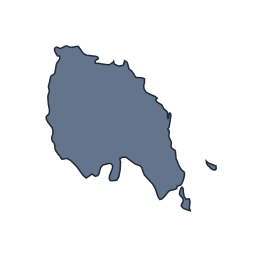 outline of Vendée, rotated 201°
{"feature_id": "FRA-5353", "entity_name": "Vendée", "entity_type": "Metropolitan department", "adm_level": 1, "iso_a3": "FRA", "parent_name": "France", "parent_adm1": "", "projection": "mercator", "projection_center": [-1.356, 46.678], "detail": "fine", "context": "isolated", "style": "filled", "palette": "slate", "viewbox_px": 256, "rotation_deg": 201, "n_neighbors": 0, "source": "natural_earth", "source_scale": "10m", "svg_char_len": 2845}
<svg xmlns="http://www.w3.org/2000/svg" viewBox="0 0 256 256"><g transform="rotate(201 128 128)"><path d="M165.1,184.8L163.7,182.7L159.0,182.4L155.0,184.8L155.2,189.7L152.3,188.9L150.3,186.4L148.3,183.5L146.7,183.0L145.6,182.8L142.3,180.8L139.9,178.7L138.5,178.1L132.9,179.9L130.2,179.8L129.0,176.5L128.4,172.6L126.7,169.8L124.2,168.1L121.3,167.5L114.2,167.2L111.4,166.3L112.3,164.4L110.6,162.7L104.9,161.7L101.3,158.6L98.3,157.7L97.0,156.9L96.2,155.6L95.0,152.3L94.0,150.6L94.1,152.5L94.7,155.0L94.8,156.4L94.4,157.1L93.4,156.5L92.4,155.1L90.0,143.8L90.5,141.1L88.8,140.4L87.9,138.7L87.4,136.6L86.8,134.8L85.2,132.9L83.6,131.5L82.3,130.0L81.2,126.0L79.8,124.9L78.0,124.3L76.3,124.1L75.4,123.2L72.2,116.7L66.3,110.5L63.0,108.1L60.3,107.2L59.1,106.2L58.3,103.8L57.9,100.8L57.7,98.1L58.0,94.8L58.7,93.2L61.4,91.2L60.8,89.0L62.4,87.4L66.4,84.8L67.7,82.5L69.5,76.9L70.8,74.1L72.6,72.7L75.0,74.3L81.4,81.8L84.8,84.5L95.9,90.0L101.3,96.2L103.0,97.0L108.6,97.0L119.4,100.0L122.7,98.7L124.2,96.8L124.7,96.5L122.8,93.6L120.5,86.7L119.1,79.3L119.8,75.1L124.9,72.7L126.3,72.9L127.4,74.1L128.1,76.6L128.1,85.1L129.0,87.5L130.8,88.6L132.8,88.2L137.6,84.9L138.5,83.7L139.1,82.2L139.3,80.4L138.7,74.5L139.3,72.6L141.3,71.2L145.4,72.1L146.7,69.6L149.2,66.3L153.2,67.8L162.0,73.6L169.8,77.1L174.1,77.7L178.5,75.1L180.2,76.1L182.0,77.8L183.5,78.2L187.4,81.0L188.8,82.7L190.2,85.6L191.3,87.2L194.1,88.8L195.4,90.8L195.9,92.1L196.0,95.3L196.8,97.9L197.7,99.5L198.6,100.8L204.8,104.7L207.1,106.7L208.0,108.1L208.4,109.0L208.2,109.7L207.9,110.6L206.9,112.6L207.0,114.3L207.9,116.9L210.8,121.5L213.6,127.4L214.1,128.9L214.4,130.2L214.5,131.3L214.4,132.4L214.6,133.7L215.2,135.3L216.5,136.9L217.1,138.1L217.4,139.2L217.6,142.3L218.4,146.9L218.5,148.3L218.3,149.3L217.7,150.2L216.9,150.8L216.3,151.8L216.0,153.4L217.7,161.6L217.7,162.6L217.6,163.6L216.8,166.0L216.6,167.6L217.1,169.8L217.7,170.6L218.5,170.5L219.1,170.1L219.9,170.1L223.5,173.1L224.7,174.6L225.0,175.7L224.7,176.9L223.9,177.7L223.1,178.0L222.6,178.1L221.7,177.9L220.9,177.8L219.9,178.0L219.0,178.5L215.8,182.0L215.0,182.5L214.3,182.6L211.2,182.6L210.1,182.8L207.3,184.4L206.5,185.0L204.9,185.9L203.6,186.3L196.4,181.6L193.6,181.2L191.9,181.2L190.3,181.7L189.7,182.0L186.3,182.6L185.1,183.1L184.0,183.3L182.0,183.4L180.9,182.7L180.6,182.0L181.1,181.1L181.9,180.3L182.4,179.3L182.6,178.2L181.8,177.0L181.0,176.9L179.0,177.7L178.0,178.0L175.7,178.3L169.3,179.9L168.2,180.4L167.5,181.1L165.6,183.9L165.1,184.7L165.1,184.8ZM50.4,80.5L51.5,81.8L55.1,83.7L56.3,84.8L56.8,87.0L57.0,90.2L56.5,92.2L54.8,91.2L53.2,87.7L51.0,84.2L48.3,82.3L45.4,83.8L43.7,81.4L42.1,75.4L40.3,73.1L46.3,72.7L48.3,73.1L50.4,74.4L50.7,76.2L50.3,78.3L50.4,80.5ZM35.9,119.9L40.0,121.7L42.0,123.2L43.1,125.2L40.7,124.2L32.2,124.1L31.0,121.3L31.8,119.9L33.8,119.5L35.9,119.9Z" fill="#64748b" stroke="#1e293b" stroke-width="1.5"/></g></svg>